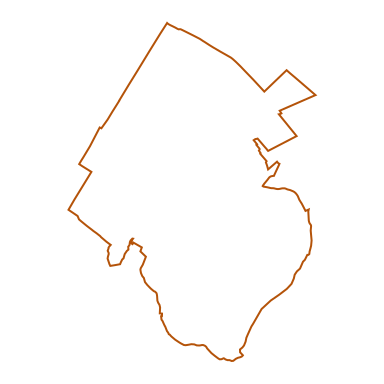 the district of Cristian, Brasov, Romania
{"feature_id": "2599482B53089144578976", "entity_name": "Cristian", "entity_type": "district", "adm_level": 2, "iso_a3": "ROU", "parent_name": "Romania", "parent_adm1": "Brasov", "projection": "mercator", "projection_center": [25.497, 45.627], "detail": "fine", "context": "isolated", "style": "outline", "palette": "amber", "viewbox_px": 384, "rotation_deg": 0, "n_neighbors": 0, "source": "geoboundaries", "source_scale": "gbopen_adm2", "svg_char_len": 4099}
<svg xmlns="http://www.w3.org/2000/svg" viewBox="0 0 384 384"><path d="M315.5,95.1L298.0,80.0L290.1,73.3L286.6,70.2L274.6,81.7L264.3,91.6L253.5,79.9L245.2,71.3L240.8,66.7L235.6,61.6L232.7,59.0L230.9,57.6L220.5,51.7L212.8,47.2L209.1,44.9L204.2,41.7L203.3,41.2L201.4,39.9L199.7,38.8L199.1,38.5L193.5,35.6L185.3,31.5L181.0,29.4L180.3,29.2L179.7,29.2L179.1,29.3L178.5,29.3L177.2,28.7L175.5,27.7L172.3,26.1L170.4,25.2L168.4,24.1L167.4,23.3L167.1,23.0L166.8,23.5L165.5,25.5L160.3,33.6L149.4,51.2L137.5,70.7L128.7,84.9L119.2,100.6L119.3,100.7L116.1,105.8L112.5,111.5L107.6,119.6L101.4,128.3L99.7,127.5L90.0,146.2L83.5,157.0L81.3,160.5L79.2,164.1L82.3,166.2L91.4,171.9L82.7,186.1L74.4,199.6L68.5,209.8L77.6,216.0L79.0,219.4L81.2,221.3L86.7,225.8L89.3,227.8L91.8,229.7L93.4,231.0L96.5,233.2L100.3,236.2L101.0,237.1L106.4,241.7L110.0,244.4L110.7,244.9L109.9,245.8L108.8,247.0L108.4,246.7L108.6,247.1L108.6,247.7L108.6,248.1L108.4,248.8L107.7,250.8L108.6,252.8L108.7,254.0L107.9,256.8L107.6,258.6L108.6,261.6L109.5,264.3L110.3,265.9L115.2,265.1L120.1,264.2L120.8,262.4L122.2,259.5L123.5,258.4L124.7,254.1L126.8,251.0L128.4,249.6L128.3,247.7L128.2,246.8L129.5,245.0L129.9,242.0L130.6,240.5L132.4,238.6L133.0,238.7L132.1,240.0L131.9,240.8L130.9,243.1L132.5,244.1L133.4,242.6L141.8,247.4L140.4,251.4L145.9,256.7L142.8,264.7L140.7,268.3L140.4,269.7L140.7,271.5L141.0,273.1L142.3,276.1L143.8,277.9L144.0,278.5L145.0,282.1L147.4,285.1L150.7,288.5L152.2,289.8L153.9,291.2L155.1,291.7L156.4,293.0L156.8,294.1L157.1,296.1L157.4,300.7L158.2,302.8L159.5,304.9L160.1,307.5L159.8,313.4L162.0,313.6L162.0,314.8L161.9,316.2L161.1,316.3L161.5,319.6L162.6,321.1L163.5,323.2L164.8,326.0L165.1,326.3L167.0,331.1L168.2,332.7L168.8,334.2L169.7,334.6L171.3,336.4L175.2,339.7L179.1,342.3L180.9,343.4L183.9,345.0L185.7,345.2L188.8,344.7L191.3,344.2L194.3,344.4L196.8,345.4L199.7,345.5L202.1,345.0L203.4,345.1L205.0,345.8L206.2,346.8L207.2,348.5L211.4,353.1L214.6,355.7L218.3,358.5L219.7,359.3L221.6,359.2L223.5,358.3L224.3,358.5L225.4,359.4L227.4,360.1L229.5,360.1L231.7,361.0L233.3,360.8L234.5,359.9L235.7,358.9L237.9,357.8L240.3,357.2L241.8,356.5L242.6,355.7L242.9,355.3L241.5,353.8L240.1,352.3L240.0,349.5L242.4,347.5L243.2,346.5L244.0,345.5L245.6,341.6L246.4,337.7L246.9,336.6L247.7,334.7L251.4,326.5L253.1,323.8L261.6,309.0L270.8,300.5L279.2,294.7L286.8,288.9L291.5,283.9L293.8,278.6L294.7,274.7L296.9,271.4L300.0,268.6L303.0,261.7L304.9,259.8L307.3,254.9L308.4,254.9L309.3,254.0L309.6,251.5L310.5,248.2L311.1,245.8L311.6,240.5L310.7,230.6L310.8,229.5L310.9,228.4L311.1,226.1L311.0,225.5L310.7,224.7L309.8,223.6L309.3,222.6L308.8,220.7L308.3,211.4L308.4,210.9L308.7,209.5L305.5,210.9L303.5,207.0L302.2,204.5L301.9,203.9L299.5,200.1L299.0,199.0L298.4,197.5L298.1,196.8L298.0,196.5L297.4,195.4L296.6,194.3L296.2,193.8L295.8,193.3L294.7,192.3L294.2,191.9L293.6,191.6L292.5,191.0L292.1,190.9L291.3,190.6L290.8,190.3L290.5,190.2L289.5,189.9L288.6,189.7L288.2,189.6L287.5,189.4L287.3,189.4L287.0,189.2L285.6,188.6L284.5,188.3L283.9,188.3L282.9,188.3L281.9,188.4L281.6,188.5L280.8,188.6L280.6,188.7L280.1,188.8L279.7,188.9L278.9,189.0L277.9,189.1L277.2,189.0L276.8,189.0L276.0,188.8L275.3,188.7L274.8,188.5L273.9,188.3L273.7,188.3L273.3,188.2L273.1,188.2L272.8,188.2L271.8,188.2L271.6,188.2L270.8,188.1L269.5,187.8L269.1,187.7L267.4,187.3L266.3,187.1L265.8,187.0L263.5,186.6L262.7,186.1L262.9,185.5L263.1,185.3L263.4,185.0L263.5,184.8L264.3,183.6L265.1,182.7L266.4,181.1L267.1,180.3L268.7,178.2L268.9,177.9L269.3,177.4L269.5,177.3L269.7,177.1L270.1,176.8L270.6,176.5L271.1,176.3L271.6,176.2L272.4,176.0L272.7,176.0L273.1,175.9L273.6,175.9L273.9,175.9L274.7,174.1L276.8,169.6L279.2,164.5L279.4,163.8L278.9,163.7L278.5,163.4L277.4,162.2L277.2,162.0L277.0,161.7L268.1,169.4L267.0,165.4L265.9,162.4L266.6,161.2L260.2,153.7L260.6,153.1L258.9,150.6L259.6,149.5L259.5,148.7L256.4,144.9L257.1,144.3L253.7,140.2L255.3,139.1L257.0,138.8L257.6,138.6L264.8,147.0L266.6,149.0L267.3,150.0L268.1,150.9L296.6,136.1L278.9,114.3L280.2,114.0L281.4,113.4L279.7,110.7L297.6,102.9L313.4,96.0L315.5,95.1Z" fill="none" stroke="#b45309" stroke-width="2"/></svg>